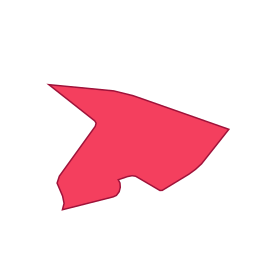 the Province of Quirino, rotated 247°
{"feature_id": "PHL-2554", "entity_name": "Quirino", "entity_type": "Province", "adm_level": 1, "iso_a3": "PHL", "parent_name": "Philippines", "parent_adm1": "", "projection": "equal_earth", "projection_center": [121.517, 16.288], "detail": "fine", "context": "isolated", "style": "filled", "palette": "rose", "viewbox_px": 256, "rotation_deg": 247, "n_neighbors": 0, "source": "natural_earth", "source_scale": "10m", "svg_char_len": 473}
<svg xmlns="http://www.w3.org/2000/svg" viewBox="0 0 256 256"><g transform="rotate(247 128 128)"><path d="M198.8,72.1L167.7,129.4L155.6,145.5L87.4,220.3L66.3,181.7L63.6,174.1L61.7,166.0L57.2,135.1L58.1,132.9L80.6,116.2L82.5,113.1L83.5,108.4L84.2,98.8L80.5,99.1L76.4,97.7L72.8,95.0L70.5,91.0L70.4,87.5L78.4,35.7L83.6,39.7L90.9,41.2L95.0,41.2L105.0,41.2L110.5,46.0L142.3,98.5L144.9,100.5L147.5,100.2L198.8,72.1Z" fill="#f43f5e" stroke="#9f1239" stroke-width="1.5"/></g></svg>